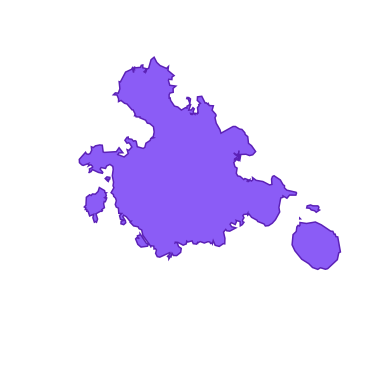 Nosy-Be, Diana, Madagascar, rotated 328°
{"feature_id": "10022922B66036521727834", "entity_name": "Nosy-Be", "entity_type": "district", "adm_level": 2, "iso_a3": "MDG", "parent_name": "Madagascar", "parent_adm1": "Diana", "projection": "orthographic", "projection_center": [48.268, -13.349], "detail": "fine", "context": "isolated", "style": "filled", "palette": "violet", "viewbox_px": 384, "rotation_deg": 328, "n_neighbors": 0, "source": "geoboundaries", "source_scale": "gbopen_adm2", "svg_char_len": 6084}
<svg xmlns="http://www.w3.org/2000/svg" viewBox="0 0 384 384"><g transform="rotate(328 192 192)"><path d="M214.4,59.0L209.5,56.5L209.7,55.1L208.3,57.4L207.9,55.8L206.9,56.8L206.8,58.4L205.7,59.8L207.1,55.2L205.7,55.9L199.2,55.1L189.6,60.7L188.7,59.8L185.5,66.3L181.9,69.1L179.5,67.3L176.9,67.9L179.8,70.0L179.1,74.1L177.6,76.4L180.3,76.7L181.8,81.0L183.5,82.9L184.7,90.6L185.6,91.2L185.1,95.7L183.7,96.9L184.7,97.4L184.4,98.6L187.7,100.9L187.2,101.5L190.7,106.5L190.6,109.9L192.4,111.6L193.9,116.2L191.7,121.1L188.5,124.5L187.4,124.5L188.3,125.7L185.3,124.8L183.8,126.1L178.8,126.2L175.6,129.2L173.7,129.2L169.6,124.6L171.5,119.4L170.9,118.3L169.3,117.9L168.9,115.4L166.2,113.1L167.0,111.6L165.9,111.2L162.5,112.6L162.7,116.2L164.4,116.6L164.9,118.4L164.8,122.0L160.5,123.2L159.4,121.7L158.3,125.6L153.0,126.3L148.9,120.9L150.8,120.1L154.2,122.1L153.6,115.8L149.2,117.7L138.7,112.0L137.9,110.9L140.7,104.8L138.7,103.2L134.6,101.7L131.8,102.0L130.6,100.3L129.0,103.5L125.9,105.4L123.9,105.1L122.7,103.6L122.8,101.9L113.7,104.6L112.1,107.5L112.9,110.6L113.8,111.8L119.4,113.0L118.5,113.4L119.2,114.4L118.1,115.0L120.7,115.2L121.2,117.6L120.7,118.4L117.2,118.1L116.1,120.3L114.5,120.9L117.3,121.2L119.4,120.2L123.0,125.8L125.9,128.6L126.8,128.0L126.2,123.9L127.9,123.1L131.1,126.2L133.5,124.7L137.0,125.1L138.4,128.3L137.1,131.2L133.0,136.0L130.7,142.1L128.3,144.9L128.0,147.0L123.0,149.7L124.0,152.5L123.3,154.1L123.9,156.7L123.2,159.3L120.3,161.9L119.8,164.6L121.0,166.7L118.6,171.3L121.0,173.0L118.0,173.7L116.9,177.2L119.3,179.9L116.4,179.3L114.9,181.3L116.8,183.5L119.5,183.0L120.3,181.0L120.2,176.3L121.8,175.5L123.2,178.2L123.9,184.0L124.8,184.5L123.5,184.8L124.5,189.8L127.8,192.9L127.7,195.1L129.2,197.5L127.4,202.6L128.2,216.3L127.5,217.2L128.9,215.9L130.9,217.7L129.6,220.2L131.0,220.7L131.1,222.4L128.6,224.8L128.3,228.4L130.2,230.2L141.1,231.6L140.8,232.8L136.4,233.8L138.4,233.9L136.9,236.5L139.7,235.2L139.9,235.8L142.6,233.4L142.6,236.0L145.3,237.8L150.4,237.2L153.0,234.1L151.7,231.1L152.5,227.6L151.9,226.3L150.7,226.2L151.2,225.7L153.4,227.3L156.3,232.4L159.6,233.0L161.5,230.9L161.9,232.2L166.1,233.5L165.7,236.5L168.2,238.6L169.5,238.0L169.1,239.2L169.8,238.1L172.7,238.4L175.4,241.8L179.2,242.6L180.6,243.8L180.5,245.5L181.9,245.8L181.8,246.8L184.2,244.5L183.4,249.5L186.3,252.6L191.2,252.4L192.3,253.3L195.4,248.7L197.5,242.7L200.8,241.6L200.9,243.3L203.3,245.2L210.2,245.7L207.2,242.4L207.2,239.5L209.1,238.8L211.4,242.5L214.3,240.5L214.4,239.5L217.1,242.6L215.0,246.3L217.4,246.3L220.0,245.2L219.3,244.1L219.9,242.6L222.4,241.4L222.6,239.0L224.0,238.5L227.2,240.0L226.9,241.2L227.3,241.1L227.9,239.8L228.2,239.6L227.6,240.9L228.4,241.3L228.1,240.3L228.7,240.9L229.1,245.0L232.1,250.3L232.1,251.8L236.1,257.2L236.2,259.7L239.2,261.1L243.6,261.0L248.1,259.7L255.8,255.4L257.5,251.2L264.1,244.1L266.3,244.7L267.1,243.5L269.2,247.6L273.1,246.3L278.4,249.7L280.1,248.3L280.1,247.4L273.4,240.7L272.6,237.5L273.8,235.6L273.1,234.1L273.3,228.6L270.2,221.7L268.5,221.5L266.3,223.2L263.8,227.9L261.5,227.1L257.7,220.7L252.6,216.1L251.0,211.9L250.1,213.8L248.3,214.2L247.5,212.9L246.4,212.9L247.4,212.2L243.8,212.1L246.3,211.7L244.0,208.6L242.5,208.9L241.1,204.3L239.3,202.6L239.5,199.6L242.9,195.6L241.8,193.3L243.1,189.1L245.7,188.4L246.0,187.5L245.1,187.2L245.7,186.5L247.7,186.5L246.6,187.5L248.2,190.0L249.0,189.5L248.6,187.7L250.6,187.1L249.7,186.0L248.5,183.2L248.1,180.9L251.0,187.0L249.1,188.4L249.3,190.5L252.6,186.8L250.7,184.1L252.0,184.0L253.2,182.4L253.9,181.8L251.3,184.9L257.8,188.6L260.1,191.6L263.2,192.6L267.4,191.4L267.0,184.2L265.7,180.7L268.6,174.6L267.6,171.4L268.2,169.7L267.5,165.4L265.7,163.8L263.5,159.4L261.5,158.2L247.7,157.5L248.7,154.0L249.0,146.5L250.9,141.1L252.8,140.1L253.3,138.8L252.4,133.3L255.8,130.2L252.4,127.8L252.7,125.5L251.9,125.7L251.4,124.0L250.3,123.5L251.0,116.0L247.1,114.2L245.0,117.1L246.1,121.3L244.0,121.4L243.7,122.5L241.4,123.3L238.8,128.9L239.0,127.5L237.9,128.5L236.5,127.0L235.7,127.7L235.4,126.3L233.1,126.4L232.2,125.4L232.4,124.6L233.5,125.8L235.1,126.0L235.8,124.2L238.0,122.7L237.5,121.0L235.1,122.0L232.6,120.9L237.2,117.2L236.6,116.3L240.0,112.3L239.3,110.2L237.9,109.2L237.0,110.0L238.1,111.1L237.2,115.4L236.0,116.7L233.2,116.6L232.2,118.1L231.2,117.0L226.4,116.9L225.0,112.4L222.6,109.8L222.4,103.0L223.3,100.6L222.4,100.3L224.1,97.4L225.8,96.4L228.9,97.5L230.9,94.1L234.4,93.6L229.7,89.7L231.1,84.9L232.0,84.1L234.5,86.0L236.0,83.9L238.5,83.8L236.0,76.2L238.5,73.1L235.9,73.7L231.9,67.8L230.8,63.5L231.3,57.6L227.4,58.1L220.9,64.0L218.6,63.9L217.2,65.2L216.5,65.5L216.3,65.2L216.4,64.7L215.3,64.7L215.6,65.2L215.5,65.5L215.1,64.7L216.2,64.4L216.9,65.3L217.8,63.4L218.7,63.3L216.1,60.6L217.6,58.2L216.1,57.7L214.4,59.0ZM272.5,279.4L267.4,275.1L265.9,277.4L265.1,277.7L264.3,276.5L262.4,277.2L259.5,280.7L255.1,281.7L248.9,289.8L248.1,296.4L249.4,307.1L253.0,314.6L254.2,319.9L257.7,324.3L260.8,324.3L264.2,328.2L266.4,328.9L279.4,326.4L284.2,321.4L286.1,321.5L291.8,307.3L290.4,306.1L291.1,303.6L290.2,303.2L290.6,300.0L288.9,298.7L284.3,288.4L280.7,282.8L272.5,279.4ZM118.6,144.5L115.8,139.1L112.6,141.8L108.9,142.6L106.5,140.9L104.6,141.5L103.7,140.1L99.6,140.5L95.1,147.0L92.7,147.6L93.5,149.3L92.2,150.3L93.4,151.2L92.6,152.6L93.6,153.3L92.5,158.1L96.8,158.8L94.3,161.3L93.2,165.9L94.6,166.0L95.0,167.0L97.6,164.9L99.0,159.6L104.1,159.8L105.3,160.6L106.2,160.3L106.2,159.1L109.4,158.9L110.8,155.2L112.5,153.6L113.3,154.3L116.0,152.4L115.0,150.7L116.4,151.0L116.0,150.2L117.5,149.6L118.0,147.3L118.9,147.3L117.9,146.2L118.6,144.5ZM126.1,211.2L125.8,199.9L125.2,200.9L122.5,200.2L121.9,201.4L122.7,203.7L120.8,201.5L119.3,201.9L118.3,207.7L119.6,211.7L125.6,214.4L127.0,213.4L126.1,211.2ZM287.2,267.8L285.7,265.8L282.3,264.8L280.8,266.3L283.2,268.2L283.6,270.4L286.0,272.8L286.6,275.0L290.6,274.9L289.8,273.7L291.6,272.1L291.4,270.5L287.2,267.8ZM127.9,134.1L125.5,134.6L126.0,136.8L126.5,136.0L127.5,136.8L126.3,137.7L126.6,138.7L127.9,137.8L127.7,136.9L129.2,137.4L130.1,136.1L127.9,134.1ZM269.1,271.9L269.7,272.2L269.5,271.3L269.1,271.9Z" fill="#8b5cf6" stroke="#5b21b6" stroke-width="1.5"/></g></svg>